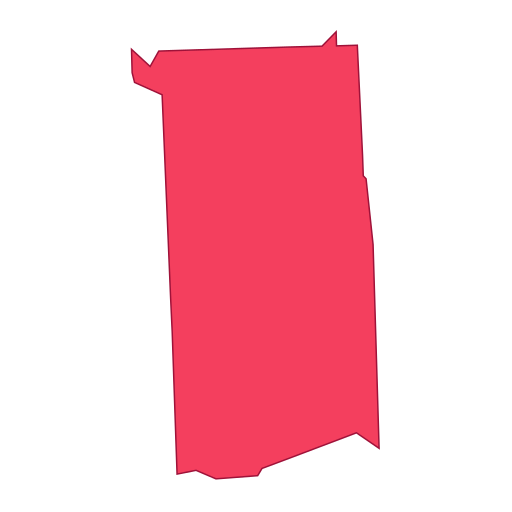 the district of Dougherty, Georgia, United States of America, rotated 268°
{"feature_id": "52423323B49559413251956", "entity_name": "Dougherty", "entity_type": "district", "adm_level": 2, "iso_a3": "USA", "parent_name": "United States of America", "parent_adm1": "Georgia", "projection": "albers", "projection_center": [-84.195, 31.543], "detail": "fine", "context": "isolated", "style": "filled", "palette": "rose", "viewbox_px": 512, "rotation_deg": 268, "n_neighbors": 0, "source": "geoboundaries", "source_scale": "gbopen_adm2", "svg_char_len": 475}
<svg xmlns="http://www.w3.org/2000/svg" viewBox="0 0 512 512"><g transform="rotate(268 256 256)"><path d="M183.1,169.6L40.8,169.5L43.9,188.6L34.7,208.2L36.4,250.0L43.5,254.6L57.0,294.8L75.8,350.2L59.5,372.3L263.4,373.4L329.3,368.7L332.4,366.0L352.8,366.0L463.1,364.6L463.2,343.8L477.3,343.9L463.4,329.3L463.7,294.8L464.2,166.0L449.1,156.8L466.9,138.8L443.5,138.6L433.7,140.7L420.4,167.8L217.3,169.2L183.1,169.6Z" fill="#f43f5e" stroke="#9f1239" stroke-width="1.5"/></g></svg>